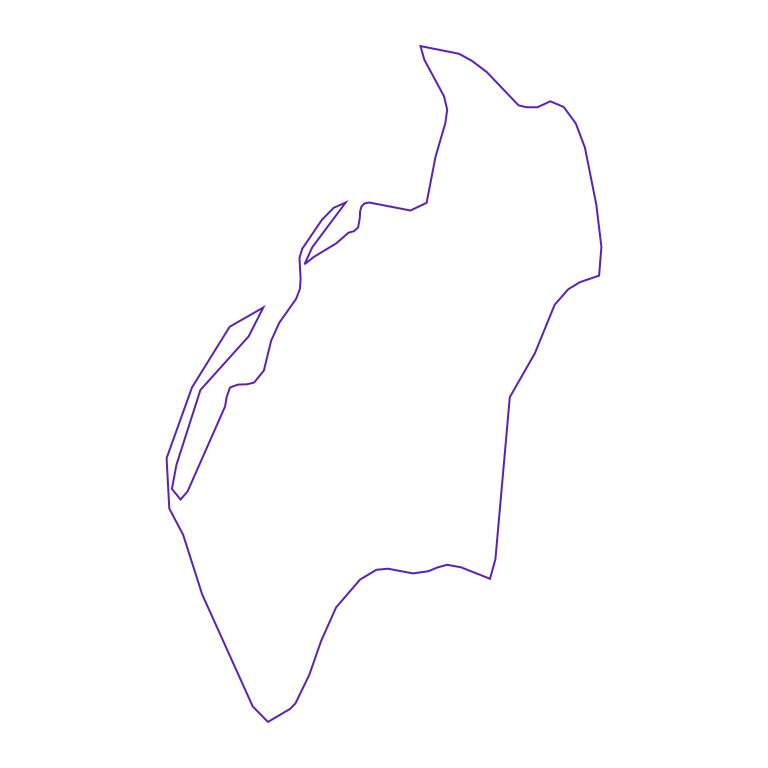 an SVG outline of Luanda
{"feature_id": "AGO-1880", "entity_name": "Luanda", "entity_type": "Province", "adm_level": 1, "iso_a3": "AGO", "parent_name": "Angola", "parent_adm1": "", "projection": "equal_earth", "projection_center": [13.287, -8.956], "detail": "fine", "context": "isolated", "style": "outline", "palette": "violet", "viewbox_px": 768, "rotation_deg": 0, "n_neighbors": 0, "source": "natural_earth", "source_scale": "10m", "svg_char_len": 1165}
<svg xmlns="http://www.w3.org/2000/svg" viewBox="0 0 768 768"><path d="M267.9,721.9L252.7,706.4L202.2,594.5L183.1,534.7L169.3,508.6L166.6,458.2L192.0,387.4L229.7,326.7L263.3,307.5L248.7,336.3L200.4,390.0L176.4,465.0L171.9,488.9L180.5,499.5L187.5,491.6L225.1,406.4L226.6,397.2L230.0,387.5L238.0,384.6L247.1,384.3L254.1,382.5L263.9,370.5L271.1,340.8L279.3,322.7L296.1,298.9L299.9,289.0L300.6,279.0L299.5,257.9L302.2,248.8L322.0,219.7L333.7,207.8L345.7,202.5L312.3,247.2L304.5,264.3L314.0,256.8L336.2,243.4L348.5,232.7L353.9,231.2L358.1,227.5L359.8,217.8L360.1,211.5L361.4,206.7L364.2,203.6L369.0,202.5L410.5,210.5L426.6,202.8L435.5,156.9L445.3,123.2L447.2,109.7L444.0,96.3L424.3,59.7L420.5,46.1L459.1,53.8L472.0,60.9L486.8,72.1L518.5,105.3L526.2,107.2L537.3,107.3L550.3,101.3L563.7,107.0L575.8,123.5L584.9,147.5L596.3,204.6L601.4,246.9L599.1,275.6L580.0,282.1L568.3,289.2L554.7,304.7L534.9,353.2L509.8,397.2L495.4,559.3L490.0,578.8L461.0,567.3L447.1,564.8L437.9,567.3L428.1,571.3L412.8,573.4L388.0,568.7L376.4,569.8L360.0,579.6L336.1,607.4L321.1,641.0L309.3,674.8L295.5,703.3L290.2,708.8L268.0,721.9L267.9,721.9Z" fill="none" stroke="#5b21b6" stroke-width="2"/></svg>